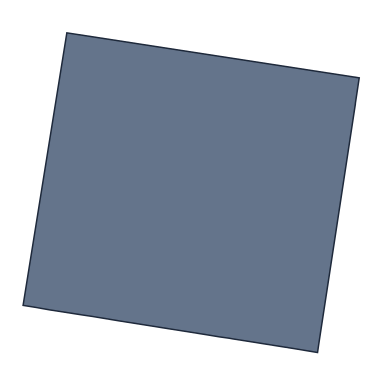 Morton, Kansas, United States of America, rotated 279°
{"feature_id": "52423323B48743122648364", "entity_name": "Morton", "entity_type": "district", "adm_level": 2, "iso_a3": "USA", "parent_name": "United States of America", "parent_adm1": "Kansas", "projection": "equal_earth", "projection_center": [-101.947, 37.191], "detail": "fine", "context": "isolated", "style": "filled", "palette": "slate", "viewbox_px": 384, "rotation_deg": 279, "n_neighbors": 0, "source": "geoboundaries", "source_scale": "gbopen_adm2", "svg_char_len": 436}
<svg xmlns="http://www.w3.org/2000/svg" viewBox="0 0 384 384"><g transform="rotate(279 192 192)"><path d="M329.6,43.5L53.6,42.9L53.6,53.6L53.3,70.3L53.4,102.8L53.5,111.8L53.3,141.5L53.3,229.1L53.2,241.7L53.4,251.5L53.3,255.6L53.3,309.4L53.4,309.9L53.3,311.6L53.3,312.6L53.3,317.2L53.1,341.1L61.1,341.0L76.9,340.9L132.9,340.6L304.5,339.6L305.2,339.5L330.9,339.3L329.6,43.5Z" fill="#64748b" stroke="#1e293b" stroke-width="1.5"/></g></svg>